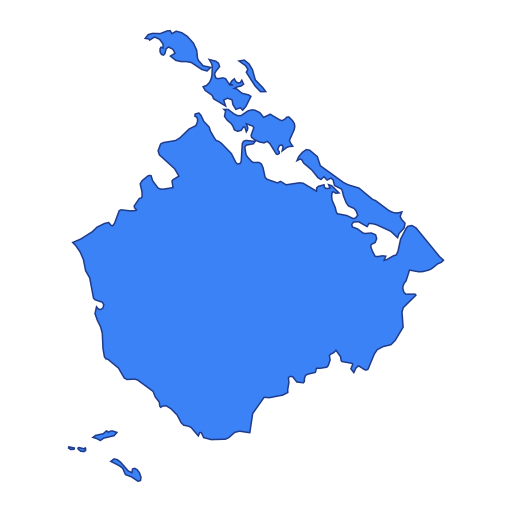 an SVG outline of Camagüey
{"feature_id": "CUB-1364", "entity_name": "Camagüey", "entity_type": "Province", "adm_level": 1, "iso_a3": "CUB", "parent_name": "Cuba", "parent_adm1": "", "projection": "orthographic", "projection_center": [-77.855, 21.478], "detail": "fine", "context": "isolated", "style": "filled", "palette": "blue", "viewbox_px": 512, "rotation_deg": 0, "n_neighbors": 0, "source": "natural_earth", "source_scale": "10m", "svg_char_len": 6013}
<svg xmlns="http://www.w3.org/2000/svg" viewBox="0 0 512 512"><path d="M195.2,114.0L198.9,113.0L200.9,115.2L203.8,121.4L209.1,127.0L210.5,131.3L214.5,138.2L216.2,140.5L218.8,141.4L221.4,143.3L231.4,153.6L235.8,162.4L237.4,164.0L240.0,163.6L241.2,161.3L242.3,143.7L243.4,141.4L245.8,140.4L255.2,141.4L253.3,143.8L246.3,145.1L244.8,147.1L246.0,154.5L247.4,156.9L251.7,161.6L253.6,162.5L259.0,162.4L261.4,164.0L263.0,167.6L265.1,177.3L267.1,179.3L277.4,182.9L280.6,181.4L286.1,184.8L299.3,182.8L303.1,183.2L316.5,191.2L316.7,187.9L318.4,186.3L324.0,184.8L324.3,187.1L325.6,188.3L327.6,188.5L330.1,188.1L328.6,184.7L331.6,185.7L339.0,192.9L335.9,193.3L333.7,192.0L332.3,191.9L331.6,196.0L332.1,200.3L335.3,207.6L336.1,211.3L337.2,213.7L346.7,215.5L353.3,218.6L355.4,218.1L357.7,215.4L356.3,211.3L354.2,208.5L348.5,206.0L346.2,202.8L343.5,195.9L342.2,190.5L341.2,188.9L334.5,185.5L333.1,179.9L330.9,178.1L327.1,180.1L323.9,176.7L321.0,179.5L317.9,177.6L312.0,170.2L303.8,163.2L301.5,159.5L300.0,159.1L297.0,160.6L298.8,156.6L302.3,152.4L306.3,149.6L309.7,150.2L317.3,156.6L320.3,165.7L343.5,182.5L347.9,184.7L359.0,188.1L372.7,199.5L375.6,200.6L388.5,210.3L391.7,212.0L394.8,212.9L398.0,212.9L401.9,211.9L400.2,216.3L401.4,219.2L405.0,223.2L404.2,227.9L399.0,233.6L397.6,237.7L390.8,231.3L376.7,224.8L373.1,223.8L369.0,223.4L367.1,226.6L358.5,221.7L353.4,222.1L351.7,224.5L352.4,227.0L357.4,228.8L363.0,233.0L365.1,233.5L371.3,233.0L375.6,234.8L376.7,238.7L375.1,242.6L371.3,244.4L370.7,246.3L372.1,250.5L375.0,256.2L377.5,256.6L382.4,255.8L385.8,256.2L384.1,260.3L386.3,259.8L394.0,255.5L396.0,255.2L397.9,251.6L400.6,239.1L406.0,228.6L407.8,226.3L411.9,225.5L416.0,227.9L439.6,256.7L443.5,260.2L441.2,262.4L437.7,263.8L431.5,268.8L428.7,270.1L422.8,271.6L418.9,271.8L409.5,270.1L406.1,280.8L404.3,283.0L403.0,286.1L402.8,288.3L403.8,292.1L405.8,294.2L414.2,294.1L415.5,294.4L415.9,295.2L403.3,307.6L402.0,312.0L403.1,327.2L395.1,340.5L390.9,344.7L383.1,346.6L377.3,349.6L374.3,354.0L368.0,369.2L366.2,370.1L364.4,369.6L358.8,365.9L356.1,367.7L353.8,372.6L350.9,368.8L352.7,364.5L352.2,363.4L341.8,361.5L341.1,360.4L340.6,356.8L336.0,350.3L333.8,352.6L330.6,354.2L329.4,355.6L330.1,360.0L328.3,365.4L326.8,367.2L319.9,368.3L316.5,368.2L315.3,372.4L307.7,374.2L305.5,375.4L304.4,378.6L304.4,381.5L303.3,382.8L296.8,382.0L292.7,376.7L290.1,376.4L288.4,377.6L288.9,382.5L287.7,389.5L287.8,392.5L282.7,395.1L269.3,397.7L264.1,397.3L252.7,413.5L249.8,432.7L239.6,431.2L234.8,432.3L228.8,437.6L225.4,439.2L211.2,439.6L203.7,437.6L201.3,432.6L199.7,432.6L198.3,435.9L191.1,427.4L188.5,426.2L183.7,425.2L181.1,422.6L177.2,415.1L170.9,408.7L166.4,405.9L162.9,406.0L160.6,407.3L159.8,406.1L159.3,402.2L155.2,396.8L153.1,391.4L137.6,380.0L134.6,379.1L126.9,379.5L124.2,377.9L118.5,368.1L107.8,359.2L105.9,358.9L104.4,356.7L103.0,348.7L102.3,333.4L100.6,326.9L97.3,320.2L95.0,313.6L96.5,306.8L98.5,309.2L100.9,309.5L102.9,308.0L103.8,304.6L102.2,302.2L95.1,299.8L93.5,298.1L89.7,277.9L85.6,270.7L83.4,259.5L80.1,251.9L75.7,245.5L72.7,242.5L80.8,239.0L92.2,231.8L97.0,227.2L104.4,223.5L108.7,222.5L111.2,225.5L112.6,225.8L114.5,223.4L119.2,210.7L121.1,209.8L130.3,210.9L136.0,210.5L136.6,209.9L134.5,207.7L134.2,206.0L139.3,198.5L141.2,198.0L142.1,196.8L142.0,192.0L140.2,183.9L142.2,180.6L147.8,176.0L149.6,175.4L151.1,175.7L152.6,180.7L158.0,188.0L160.3,189.0L163.3,189.2L173.0,187.6L172.0,181.0L173.1,179.7L178.9,176.1L174.6,168.7L159.4,154.9L158.1,150.8L160.6,144.0L163.3,142.6L175.7,140.5L180.0,137.8L189.1,129.0L195.8,125.7L197.4,122.1L197.6,119.4L196.7,117.2L194.8,116.1L195.2,114.0ZM292.6,120.7L294.3,123.5L294.8,126.4L294.2,129.6L289.5,140.2L290.2,142.5L292.7,146.3L289.3,146.5L286.7,147.5L282.1,151.0L283.1,146.8L281.7,144.9L279.4,145.6L277.6,149.4L279.2,151.7L279.3,153.4L277.6,154.4L276.4,154.1L275.6,152.9L269.8,143.5L267.1,141.4L264.0,142.9L259.3,141.9L254.6,139.7L251.6,137.4L251.1,135.4L253.8,127.8L252.8,126.1L246.3,123.8L247.8,127.8L247.5,129.8L246.3,131.8L244.8,127.0L243.4,127.0L241.2,130.3L237.7,131.3L234.4,129.9L232.9,126.1L231.0,123.3L227.3,120.3L224.5,116.4L225.6,110.9L224.0,109.4L228.2,109.5L234.0,113.9L237.4,115.6L240.9,115.7L247.9,110.9L251.6,109.9L254.7,110.1L259.8,112.6L263.6,117.4L270.2,114.2L279.6,119.8L282.1,120.7L284.9,119.1L286.7,117.2L288.8,116.9L292.6,120.7ZM170.4,56.1L175.0,53.2L172.9,49.3L168.5,47.0L166.1,48.9L164.9,53.6L163.5,55.1L161.5,54.5L160.1,52.0L160.0,49.0L161.0,47.2L163.0,48.0L163.0,44.0L159.6,39.3L154.5,37.0L149.7,40.1L148.6,38.9L145.2,38.4L148.2,34.6L152.5,33.4L160.2,33.6L167.2,30.9L170.2,30.7L171.9,33.6L176.2,31.2L181.8,32.7L187.2,36.3L193.4,43.1L196.7,50.3L197.5,58.1L198.5,60.5L203.1,65.8L210.7,67.4L207.0,71.0L201.8,69.5L191.3,62.5L186.5,61.6L181.3,61.6L175.8,60.4L170.4,56.1ZM213.6,98.8L212.1,95.3L205.2,90.4L203.1,86.7L206.6,85.4L209.5,82.4L211.3,78.5L212.0,74.7L212.3,66.2L211.6,63.5L209.2,59.5L215.8,61.2L218.5,63.3L219.6,66.6L216.0,71.1L214.5,74.0L215.8,77.9L217.7,78.7L223.0,77.9L225.6,78.7L229.7,85.0L232.9,85.3L230.1,83.6L231.9,80.8L234.3,78.8L235.9,81.6L238.1,83.0L240.2,82.7L241.8,80.2L243.6,84.2L241.2,86.0L237.2,86.9L234.3,88.4L236.8,89.0L241.8,93.2L248.6,94.9L250.9,96.4L246.0,106.2L242.7,110.2L240.3,107.7L235.9,109.4L232.9,104.5L232.0,99.8L227.4,98.2L223.7,100.1L225.6,106.0L213.6,98.8ZM139.4,472.7L141.0,477.3L140.5,480.5L138.1,481.3L131.5,476.9L125.5,474.6L122.6,468.2L118.6,465.3L110.8,461.4L114.0,458.9L117.4,459.7L120.6,462.2L128.2,470.9L131.9,472.7L132.5,469.0L134.6,468.3L137.1,469.7L139.4,472.7ZM246.3,72.3L247.9,69.2L245.5,65.6L239.0,61.0L244.3,60.1L249.1,64.0L252.5,69.8L255.3,79.9L262.6,87.4L265.7,91.6L260.5,91.7L255.0,85.9L246.3,72.3ZM116.9,432.4L114.1,435.7L103.8,438.1L100.3,440.5L96.8,438.6L92.9,437.4L95.6,435.4L103.3,433.7L106.4,430.9L107.6,431.4L108.1,432.3L110.4,431.1L112.6,431.0L116.9,432.4ZM84.9,447.4L85.6,448.3L85.6,450.5L84.0,451.6L80.6,451.2L78.3,449.2L77.9,448.2L78.9,447.5L85.3,449.1L84.9,447.4ZM68.9,446.8L74.3,448.0L74.0,449.3L70.7,449.5L68.5,448.0L68.9,446.8Z" fill="#3b82f6" stroke="#1e3a8a" stroke-width="1.5"/></svg>